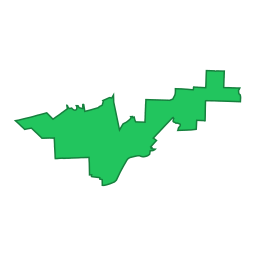 Budesti, Giurgiu, Romania (Natural Earth projection)
{"feature_id": "2599482B32121739895306", "entity_name": "Budesti", "entity_type": "district", "adm_level": 2, "iso_a3": "ROU", "parent_name": "Romania", "parent_adm1": "Giurgiu", "projection": "natural_earth1", "projection_center": [26.452, 44.251], "detail": "fine", "context": "isolated", "style": "filled", "palette": "green", "viewbox_px": 256, "rotation_deg": 0, "n_neighbors": 0, "source": "geoboundaries", "source_scale": "gbopen_adm2", "svg_char_len": 5397}
<svg xmlns="http://www.w3.org/2000/svg" viewBox="0 0 256 256"><path d="M149.6,154.3L150.2,150.8L152.9,150.6L154.7,149.7L155.2,149.2L153.8,149.1L153.3,149.0L152.8,148.9L151.6,148.6L151.9,148.1L151.3,147.9L151.6,147.4L151.0,147.2L150.8,147.1L150.6,146.9L153.3,144.0L155.0,142.1L156.5,140.5L155.2,139.5L154.8,139.2L153.3,138.1L155.1,136.2L157.0,134.1L158.9,132.2L160.9,130.0L161.8,129.1L164.2,126.5L165.7,124.9L168.3,122.2L171.8,118.5L172.4,117.9L172.7,117.7L172.9,117.6L173.1,117.5L173.8,118.6L173.6,118.9L173.4,119.1L173.2,120.4L173.1,121.1L173.1,121.4L173.3,121.6L173.5,121.9L174.8,122.4L175.0,122.5L175.3,122.7L175.6,123.0L176.0,123.2L176.6,123.1L177.5,123.1L177.9,123.3L179.3,123.8L179.8,124.0L180.1,124.2L180.1,124.3L180.3,124.6L180.3,124.9L180.3,125.3L180.2,125.5L180.1,125.8L180.0,126.0L179.7,126.5L179.0,127.2L178.7,127.6L178.5,127.9L178.4,128.2L178.1,129.4L178.0,129.9L177.8,130.4L186.3,130.1L190.5,129.9L191.0,129.9L196.2,129.3L196.3,128.5L196.4,126.4L196.7,120.3L201.2,120.5L204.2,120.6L204.6,120.7L204.9,120.9L205.1,120.7L205.1,120.3L205.1,119.8L205.2,116.1L205.3,107.9L205.5,101.0L205.7,100.8L206.1,100.7L206.3,100.7L214.7,100.8L219.0,101.0L223.2,101.1L232.0,101.4L237.4,101.6L240.4,101.7L240.5,99.0L240.5,98.8L240.5,98.6L240.6,98.4L240.6,97.5L240.5,96.6L240.5,96.2L240.4,95.8L240.2,95.1L240.2,94.9L238.9,93.7L238.8,93.4L238.7,92.9L238.7,92.3L238.5,90.6L238.8,90.0L239.1,89.5L239.5,88.7L239.8,88.0L237.6,88.0L236.5,88.0L234.2,87.9L232.9,87.9L230.8,87.8L229.1,87.7L227.7,87.7L226.5,87.7L224.4,87.6L223.8,87.6L223.7,87.5L223.7,87.4L223.7,86.8L223.7,86.4L223.8,85.2L223.8,84.0L224.0,78.1L224.1,77.2L224.1,76.1L224.1,75.5L224.2,73.6L224.2,72.4L224.3,71.1L223.6,71.1L219.6,71.0L216.7,70.9L215.8,71.2L215.5,71.2L215.0,71.1L214.6,70.9L212.4,70.8L209.4,70.7L206.4,70.6L206.2,75.5L206.0,82.1L205.9,85.1L205.7,87.7L201.3,87.5L199.9,87.4L199.5,87.4L199.0,87.4L198.5,87.4L197.9,87.3L196.7,87.2L195.6,87.2L193.8,87.0L193.7,87.0L193.5,87.7L193.4,89.5L193.2,89.8L191.9,89.7L189.5,89.5L187.2,89.3L185.4,89.2L184.3,89.1L181.3,88.9L177.0,88.8L175.4,88.7L175.4,91.6L175.3,93.0L175.2,93.7L175.0,94.7L174.7,95.4L174.3,96.2L173.3,98.1L172.7,99.3L172.4,99.3L172.2,99.3L171.9,99.4L171.5,99.6L171.1,99.7L170.5,100.0L170.0,100.2L169.9,100.3L169.6,100.3L166.3,100.2L162.9,100.1L151.7,99.8L148.9,99.7L146.1,99.6L145.9,99.6L145.9,100.9L145.8,102.0L145.8,102.9L145.7,104.0L145.6,105.0L145.6,105.6L145.6,107.1L145.5,108.2L145.5,108.8L145.4,110.8L145.4,111.8L145.3,112.2L145.3,113.3L145.3,115.1L145.2,115.7L145.2,116.3L145.2,117.1L145.2,117.7L145.0,120.8L145.0,121.4L145.0,121.9L145.0,122.2L135.8,121.9L135.2,120.9L135.1,120.6L134.8,119.8L134.6,119.0L134.2,117.1L132.9,117.6L132.6,116.5L131.7,116.6L131.4,116.7L130.8,116.7L131.0,117.0L130.9,117.7L130.7,118.3L130.4,118.8L129.6,119.6L127.9,121.0L126.4,122.2L124.2,123.3L123.1,123.9L123.0,124.0L119.5,130.0L115.7,111.7L113.7,102.1L113.5,95.0L111.8,97.9L111.5,98.0L111.1,98.0L110.7,97.8L110.2,97.6L109.6,97.6L108.6,98.0L107.1,98.7L102.8,100.6L103.2,101.1L103.3,101.2L103.3,101.4L103.0,102.5L102.2,105.1L102.1,105.3L101.5,105.6L100.9,105.9L99.6,106.5L99.2,106.7L99.0,106.9L98.9,107.1L98.8,107.3L98.7,107.5L97.9,107.8L95.8,108.4L90.7,109.9L84.8,111.4L83.7,104.6L83.3,104.4L83.0,104.4L82.8,104.6L82.7,104.7L82.7,105.1L82.9,105.9L82.7,106.6L82.9,107.3L83.2,107.8L83.2,108.3L83.0,108.5L82.3,108.5L80.8,108.1L79.7,107.9L79.3,107.7L78.8,107.3L78.6,106.8L78.4,106.2L78.2,105.9L77.5,105.7L76.3,105.7L76.7,106.5L76.9,107.3L76.8,108.3L76.5,109.4L76.4,109.5L76.0,109.8L75.5,110.1L75.3,110.2L74.9,110.2L74.6,110.2L73.7,109.8L73.2,109.6L72.2,108.7L71.7,108.1L71.4,108.1L71.2,108.1L70.7,108.3L70.4,108.4L70.1,108.4L69.7,108.4L69.1,108.5L68.5,107.8L68.4,107.7L68.2,107.6L68.0,107.4L68.0,107.1L67.9,106.8L67.6,106.1L67.5,105.8L67.3,105.6L67.1,105.5L67.0,105.4L66.9,105.3L66.8,105.5L67.0,106.5L67.3,108.2L67.2,108.4L67.3,108.9L65.7,110.0L64.2,111.1L63.3,111.8L61.7,112.9L60.6,113.8L59.9,114.3L58.5,115.3L55.4,117.4L54.8,117.9L53.7,118.6L53.0,119.2L46.8,112.9L46.4,112.9L45.1,113.3L39.1,114.9L37.7,115.2L33.0,116.6L29.9,117.4L27.3,118.0L25.5,118.4L22.7,119.1L20.3,119.7L18.8,120.1L17.9,120.3L17.6,120.3L16.5,120.5L15.8,120.6L15.4,120.7L17.2,122.3L19.7,124.6L21.2,126.1L23.1,127.8L24.7,129.4L25.5,129.2L27.9,128.7L29.2,128.5L31.4,128.1L32.7,129.3L35.7,132.2L36.6,133.0L39.4,135.7L41.0,137.2L41.9,138.2L43.0,138.2L49.5,138.0L52.9,138.1L53.5,138.1L53.8,138.1L54.3,138.0L54.3,139.7L54.4,140.8L54.6,144.8L54.6,145.2L54.6,145.6L54.6,146.7L54.7,147.5L54.8,149.2L55.1,155.1L55.1,155.9L55.2,158.1L55.3,158.6L57.8,158.5L58.4,158.4L59.8,158.3L61.5,158.2L62.3,158.2L62.5,158.1L62.8,158.2L63.0,158.3L64.1,158.3L65.3,158.3L65.8,158.2L68.2,158.2L70.3,158.1L71.3,158.0L72.4,158.0L74.4,157.9L75.1,157.9L78.0,157.8L79.9,157.7L80.8,157.6L83.5,157.6L85.2,157.5L86.7,157.5L88.3,157.4L89.0,157.4L89.0,158.0L89.1,158.8L89.1,159.1L89.1,159.7L89.3,163.0L89.5,173.3L89.5,174.9L91.6,174.8L91.5,175.4L91.5,176.3L91.5,176.5L92.2,176.7L93.4,176.8L94.1,177.0L94.8,177.0L96.3,177.2L97.1,177.3L99.5,177.6L99.8,177.7L99.8,179.1L102.2,179.6L102.3,185.3L103.2,185.4L104.4,185.3L106.7,184.8L109.9,183.8L111.4,183.2L114.5,181.9L116.4,180.1L118.1,176.5L120.3,171.9L123.7,165.6L125.8,162.0L126.4,160.9L127.1,159.8L127.8,158.9L129.1,158.0L130.1,157.5L135.5,156.2L137.5,155.8L139.5,155.7L140.6,156.2L141.9,156.6L143.2,156.8L144.8,156.6L146.7,156.1L147.7,155.7L149.6,154.3Z" fill="#22c55e" stroke="#15803d" stroke-width="1.5"/></svg>